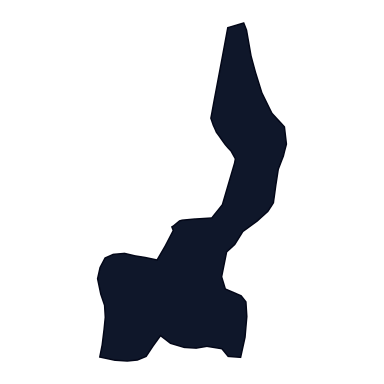 Oshimili South, Delta, Nigeria
{"feature_id": "59680162B32979491305099", "entity_name": "Oshimili South", "entity_type": "district", "adm_level": 2, "iso_a3": "NGA", "parent_name": "Nigeria", "parent_adm1": "Delta", "projection": "equal_earth", "projection_center": [6.686, 6.129], "detail": "fine", "context": "isolated", "style": "filled", "palette": "ink", "viewbox_px": 384, "rotation_deg": 0, "n_neighbors": 0, "source": "geoboundaries", "source_scale": "gbopen_adm2", "svg_char_len": 1331}
<svg xmlns="http://www.w3.org/2000/svg" viewBox="0 0 384 384"><path d="M171.9,226.9L173.3,230.5L165.2,246.1L157.1,260.0L145.2,257.5L135.1,255.9L124.5,253.4L113.2,254.4L110.8,255.5L105.1,258.0L100.1,267.5L97.6,278.7L100.8,294.1L104.6,305.3L105.3,317.3L104.1,329.4L102.2,344.9L99.8,357.0L114.8,360.2L127.3,361.0L137.4,360.0L146.1,356.4L153.0,346.0L160.5,335.6L170.5,343.3L184.3,347.4L196.2,348.1L206.9,346.3L221.9,348.7L228.2,356.4L240.6,357.3L245.0,337.3L246.8,316.6L245.9,301.9L241.1,295.8L225.3,289.0L221.6,276.8L226.6,251.9L234.7,244.5L242.8,231.5L257.2,221.0L260.8,217.7L267.8,211.4L271.6,205.6L273.4,202.7L273.8,199.5L274.2,196.9L275.8,185.1L276.4,181.3L278.0,170.8L278.3,169.1L282.1,159.2L283.3,156.2L284.6,150.9L285.7,146.8L286.4,144.1L284.4,126.9L280.4,122.5L280.1,122.2L271.9,113.3L269.6,108.7L265.0,99.3L261.8,92.8L258.2,81.2L255.4,72.2L252.5,61.5L251.0,55.9L246.5,30.1L243.7,23.0L227.8,27.7L221.8,60.0L217.7,81.8L214.0,101.4L211.6,114.5L210.9,118.2L213.3,125.2L215.0,128.9L216.4,132.2L219.2,136.0L221.5,139.3L223.2,141.7L225.3,144.6L228.4,148.2L231.0,150.9L235.4,158.8L234.6,163.1L231.1,175.0L222.4,204.7L217.8,210.5L215.1,213.8L211.8,218.0L195.8,219.0L195.1,219.0L188.6,219.6L182.2,220.2L179.6,220.9L179.1,221.3L178.5,221.8L175.6,224.2L173.7,225.8L171.9,226.9Z" fill="#0f172a" stroke="#020617" stroke-width="1.5"/></svg>